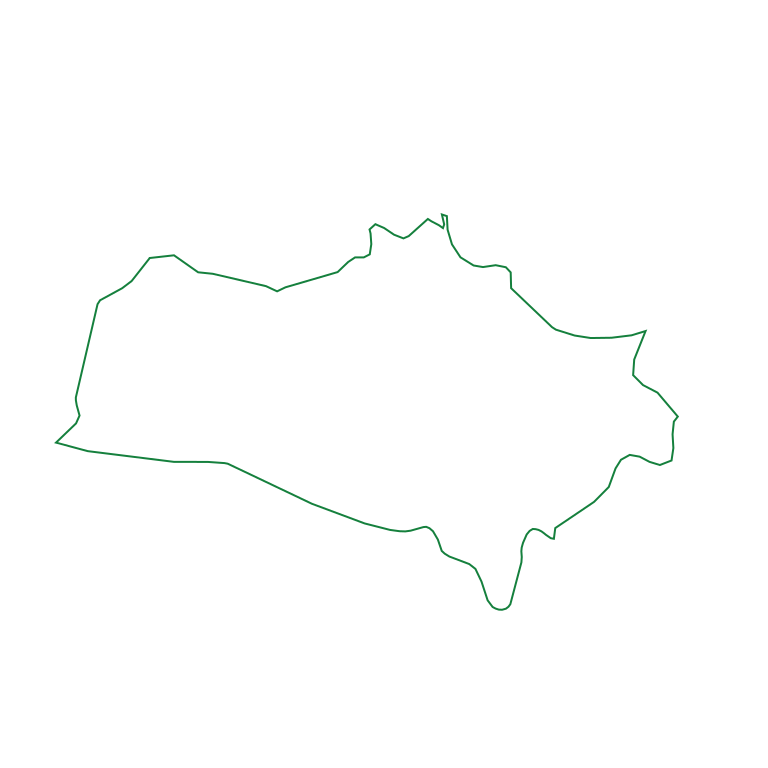 the Province of Lattakia, rotated 108°
{"feature_id": "SYR-134", "entity_name": "Lattakia", "entity_type": "Province", "adm_level": 1, "iso_a3": "SYR", "parent_name": "Syria", "parent_adm1": "", "projection": "equal_earth", "projection_center": [36.019, 35.573], "detail": "fine", "context": "isolated", "style": "outline", "palette": "green", "viewbox_px": 768, "rotation_deg": 108, "n_neighbors": 0, "source": "natural_earth", "source_scale": "10m", "svg_char_len": 1588}
<svg xmlns="http://www.w3.org/2000/svg" viewBox="0 0 768 768"><g transform="rotate(108 384 384)"><path d="M468.1,176.6L478.7,174.6L479.1,177.8L478.8,178.7L477.4,183.4L476.5,185.7L475.5,188.7L475.0,191.9L475.2,194.9L475.9,197.7L478.7,200.1L483.0,201.8L492.1,202.7L497.0,202.5L500.6,201.7L506.0,199.5L511.2,198.2L554.4,195.8L557.4,196.8L560.0,198.6L562.2,201.9L563.1,205.1L563.1,208.5L562.5,211.8L557.7,218.6L541.8,230.2L531.6,239.9L528.9,247.3L527.9,268.5L526.6,273.8L524.9,277.5L515.3,284.7L508.9,291.9L507.1,296.2L506.8,299.7L507.9,302.3L515.3,313.4L517.6,318.2L519.2,323.7L520.9,333.1L522.6,359.4L520.2,415.4L508.1,508.0L508.5,511.2L512.5,527.3L523.0,559.9L539.4,645.0L541.1,677.8L516.6,664.7L508.1,663.8L499.3,669.6L494.7,672.0L492.1,672.9L396.6,681.1L392.1,679.9L373.8,662.6L364.0,655.8L336.8,645.8L336.6,645.8L326.5,623.5L335.2,595.3L332.1,580.9L327.4,526.4L328.9,514.3L322.5,507.6L291.9,462.7L278.9,455.7L272.5,450.6L269.8,442.3L265.1,437.6L254.9,439.3L245.0,443.3L241.5,445.5L234.7,441.6L235.6,432.1L238.9,420.6L239.5,410.5L235.7,406.2L213.5,393.3L214.6,389.2L216.0,380.9L217.5,376.1L213.6,376.1L204.9,381.3L204.9,376.1L217.6,371.2L230.2,362.5L239.9,350.4L243.6,335.4L242.2,326.0L236.5,314.5L235.3,304.2L238.7,298.0L253.6,292.7L278.0,241.8L279.2,237.3L279.0,217.7L276.4,201.6L269.7,181.9L261.2,163.6L252.8,151.6L283.4,153.6L298.6,149.8L305.0,137.3L307.7,121.2L324.2,94.5L330.2,96.7L342.7,94.0L355.5,89.0L367.9,86.9L375.8,96.6L376.0,107.4L374.1,118.4L375.5,128.4L382.8,135.2L392.7,137.7L412.5,138.4L431.2,147.8L468.1,176.6Z" fill="none" stroke="#15803d" stroke-width="2"/></g></svg>